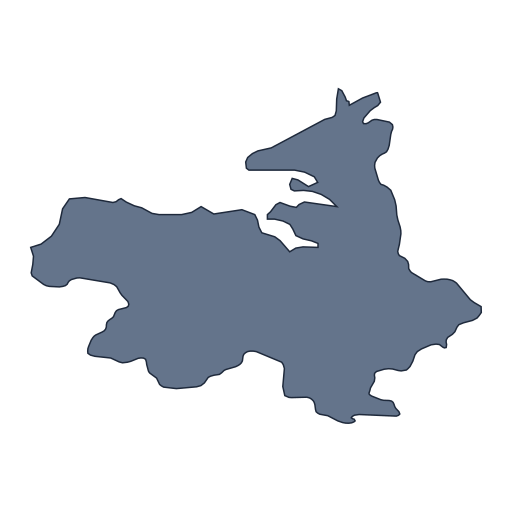 an SVG outline of Sligo
{"feature_id": "IRL-728", "entity_name": "Sligo", "entity_type": "County", "adm_level": 1, "iso_a3": "IRL", "parent_name": "Ireland", "parent_adm1": "", "projection": "robinson", "projection_center": [-8.586, 54.193], "detail": "fine", "context": "isolated", "style": "filled", "palette": "slate", "viewbox_px": 512, "rotation_deg": 0, "n_neighbors": 0, "source": "natural_earth", "source_scale": "10m", "svg_char_len": 4001}
<svg xmlns="http://www.w3.org/2000/svg" viewBox="0 0 512 512"><path d="M31.2,272.8L32.8,264.4L33.5,256.2L30.7,247.4L41.1,244.1L51.4,236.2L59.3,224.3L62.6,208.8L69.4,198.9L85.0,197.5L112.9,202.5L116.1,201.7L118.6,199.7L121.1,198.6L126.3,202.1L134.3,205.8L141.7,207.8L152.0,213.4L159.0,214.6L181.6,214.6L191.7,212.4L201.1,206.6L213.8,214.0L241.9,209.7L254.8,214.6L257.5,220.2L258.9,227.1L261.8,232.8L274.8,236.8L280.1,240.7L289.7,251.8L295.8,248.1L303.0,246.9L318.0,247.4L318.0,243.4L311.4,240.8L303.1,238.9L295.9,235.6L292.8,229.0L289.9,224.4L282.9,221.0L274.5,219.1L267.4,219.1L267.4,214.6L270.5,211.8L275.9,204.7L280.0,202.5L290.1,206.2L296.3,207.4L299.1,204.5L304.4,202.0L336.8,206.6L329.6,199.4L321.2,194.4L312.4,191.4L303.6,190.4L294.3,190.9L291.0,189.3L289.7,184.4L292.2,178.4L297.9,179.9L308.5,186.6L317.7,182.4L314.3,176.8L304.5,172.1L294.5,170.1L248.9,170.1L246.4,168.2L245.7,162.0L247.7,157.5L252.4,153.6L257.9,150.9L271.2,147.9L324.7,119.4L332.2,117.4L335.0,115.5L336.3,110.9L336.7,99.0L338.4,88.8L341.8,90.7L345.2,97.1L346.5,100.8L348.3,101.3L348.9,101.6L349.3,105.3L362.6,98.0L376.3,92.8L377.5,92.7L377.8,93.4L380.5,102.2L377.7,105.6L374.3,107.6L370.2,110.7L363.9,118.0L362.6,121.7L363.5,123.6L366.1,123.7L368.3,122.8L372.0,120.2L374.3,119.5L377.0,119.5L389.4,122.1L392.4,124.6L392.9,127.0L392.6,129.1L391.6,131.3L390.8,134.3L389.2,145.4L388.0,149.2L386.5,151.8L384.5,153.1L382.2,154.1L379.7,155.7L377.4,158.0L375.0,162.4L374.6,165.5L374.8,168.1L378.4,180.2L379.5,182.5L381.0,184.4L383.7,185.2L387.1,187.1L390.8,190.3L394.7,199.8L396.1,206.0L396.8,215.0L397.9,220.1L400.1,226.9L400.8,230.7L400.9,233.9L399.4,244.3L397.7,251.4L398.3,253.8L399.4,255.6L404.8,258.3L407.7,261.5L408.6,264.6L408.7,268.6L409.9,270.7L411.4,272.5L425.4,280.9L427.8,281.7L430.7,281.8L441.1,279.2L444.0,279.1L447.2,279.2L450.1,279.8L452.7,280.6L454.7,281.8L456.5,283.1L470.3,299.7L474.2,302.6L481.1,306.6L481.3,312.5L479.1,315.6L477.1,318.0L472.5,320.4L463.5,322.8L458.8,324.7L456.9,327.3L454.9,331.7L452.4,334.3L447.7,337.4L446.3,339.8L446.1,342.1L446.6,344.5L446.2,347.5L444.4,347.9L442.9,347.2L439.4,344.5L436.0,344.1L431.1,344.8L421.5,348.9L417.3,351.6L415.0,354.7L412.8,361.2L410.0,366.5L407.8,368.8L406.4,370.0L401.2,370.9L398.2,370.5L392.6,369.0L388.6,368.7L384.2,369.2L376.5,371.5L374.6,373.3L374.4,375.3L374.8,377.9L374.3,381.3L370.5,387.9L369.8,390.8L369.0,393.1L369.2,394.2L369.9,394.9L371.5,396.0L380.8,399.7L383.5,400.3L389.1,400.5L391.6,401.1L393.1,402.4L394.0,404.3L394.7,406.5L395.8,408.4L398.9,411.7L399.8,414.0L398.5,415.3L396.3,416.1L359.1,414.5L354.4,415.2L352.2,416.5L351.3,417.8L352.7,418.8L354.2,419.2L355.1,420.9L353.9,421.9L351.7,422.8L348.8,423.2L345.7,423.1L342.8,422.6L337.8,420.9L327.8,415.7L319.7,414.2L317.7,413.1L316.1,411.7L315.5,409.4L314.9,404.7L314.2,402.4L313.2,400.7L311.5,399.1L309.5,397.9L306.8,397.2L291.5,397.6L289.0,397.4L284.8,395.6L282.8,386.5L284.4,368.5L283.3,364.7L281.7,362.2L256.3,351.6L253.2,351.1L250.0,351.1L247.5,351.6L245.4,352.8L243.8,354.3L243.0,356.3L242.4,360.9L241.4,362.8L239.8,364.4L237.9,365.6L235.6,366.7L225.9,369.5L224.1,370.4L221.6,372.8L219.4,374.4L214.0,375.2L210.5,376.2L208.2,377.4L204.4,382.9L200.9,385.6L196.6,386.8L176.4,388.6L163.6,387.1L161.3,385.8L159.6,384.4L156.6,378.1L149.8,373.1L148.8,371.8L148.4,370.9L146.7,364.5L146.4,362.0L145.6,359.3L143.6,358.1L140.9,357.9L138.2,358.3L130.8,361.3L127.5,362.2L122.5,362.8L119.1,361.9L110.7,358.0L94.9,356.3L90.5,355.1L87.9,353.3L87.7,351.1L87.9,348.7L88.6,346.5L91.2,340.2L92.9,337.6L94.1,336.2L95.7,335.0L102.2,332.0L104.2,330.8L105.6,329.1L106.3,327.1L106.4,324.8L106.9,322.5L108.1,320.9L109.9,319.5L111.9,318.2L113.5,316.7L115.2,312.5L116.5,310.7L118.4,309.6L126.3,307.6L128.2,306.3L128.8,304.2L127.9,301.5L122.0,295.4L120.2,292.9L116.7,286.7L114.1,284.6L110.2,282.9L79.8,277.8L76.8,278.0L71.5,279.5L69.4,280.8L68.1,282.4L67.2,284.2L65.4,285.6L62.8,286.4L59.3,286.9L49.4,286.4L46.3,285.7L43.6,284.4L32.2,275.9L31.2,272.9L31.2,272.8Z" fill="#64748b" stroke="#1e293b" stroke-width="1.5"/></svg>